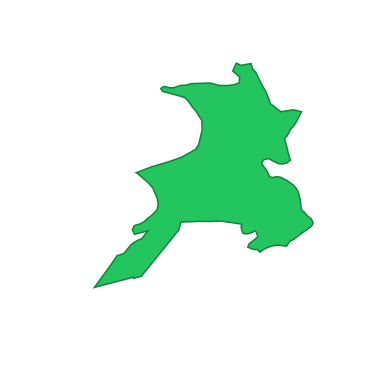 Kafr Al-Dawwar, Al Buhayrah, Egypt, rotated 232°
{"feature_id": "37247803B70717043240627", "entity_name": "Kafr Al-Dawwar", "entity_type": "district", "adm_level": 2, "iso_a3": "EGY", "parent_name": "Egypt", "parent_adm1": "Al Buhayrah", "projection": "natural_earth1", "projection_center": [30.128, 31.137], "detail": "fine", "context": "isolated", "style": "filled", "palette": "green", "viewbox_px": 384, "rotation_deg": 232, "n_neighbors": 0, "source": "geoboundaries", "source_scale": "gbopen_adm2", "svg_char_len": 2989}
<svg xmlns="http://www.w3.org/2000/svg" viewBox="0 0 384 384"><g transform="rotate(232 192 192)"><path d="M186.4,88.9L186.3,88.7L184.6,83.4L183.1,78.3L176.9,56.3L176.0,58.5L161.0,93.2L159.9,92.8L156.8,100.2L170.2,158.3L174.5,163.7L175.2,164.6L173.2,167.4L170.6,171.0L168.1,174.4L165.1,178.7L163.0,181.3L161.6,183.1L160.4,184.7L159.7,185.6L158.7,186.7L156.7,189.4L151.2,197.0L149.9,198.2L149.1,198.9L149.0,199.0L148.9,199.1L146.5,201.3L145.4,202.6L143.9,204.0L141.6,206.2L139.8,207.8L138.2,209.4L137.3,210.2L136.2,211.3L134.0,209.1L133.2,208.5L128.5,206.9L127.0,207.3L124.7,210.4L123.8,212.4L122.8,214.9L123.1,217.1L121.2,218.0L116.3,216.4L116.2,215.3L116.1,213.5L116.0,208.9L116.0,205.2L114.9,203.2L114.2,202.0L112.2,203.1L108.7,205.2L106.5,208.1L102.7,208.5L102.5,213.6L102.3,214.6L101.3,218.7L100.0,221.9L99.8,222.8L98.8,224.4L98.3,225.3L96.8,227.4L95.2,229.0L93.5,230.7L91.2,233.0L91.3,234.0L92.4,236.6L92.8,239.5L91.8,243.4L92.1,244.3L91.9,247.4L92.0,250.3L91.9,252.1L91.9,254.1L91.8,255.4L91.6,258.1L91.5,260.0L91.5,261.7L91.5,264.2L91.6,265.6L92.1,266.7L92.9,268.3L96.5,269.3L97.3,269.5L99.2,268.9L102.9,268.2L103.8,268.2L107.8,267.9L110.9,267.3L114.9,269.9L119.3,272.7L122.3,273.6L125.5,275.4L128.4,276.2L129.2,276.2L132.6,276.3L134.6,276.2L139.4,274.9L142.5,274.0L146.8,272.0L148.8,271.1L151.6,268.7L154.0,264.2L156.3,262.5L159.6,263.3L162.9,264.1L171.5,264.3L171.7,264.6L171.8,264.8L173.3,268.0L171.8,271.8L171.4,272.7L161.3,277.4L158.8,279.9L156.5,284.2L156.5,289.2L160.4,290.6L163.6,291.8L167.1,293.6L171.7,295.6L172.8,296.1L177.2,297.8L177.7,301.7L179.8,306.3L180.7,308.0L180.8,308.9L181.4,312.9L183.2,317.7L183.8,319.0L187.9,327.7L194.5,322.3L200.6,311.4L212.6,308.4L213.6,308.2L217.3,309.6L219.3,310.2L226.2,312.2L231.8,312.8L240.8,314.6L247.0,315.9L251.7,315.5L255.8,317.1L256.6,317.7L257.5,316.4L259.1,313.5L259.6,312.6L261.5,308.7L266.3,306.2L262.2,298.5L258.1,299.5L253.0,300.2L252.2,299.4L251.0,298.0L249.0,296.8L250.0,293.2L250.3,291.8L252.0,288.9L253.2,286.9L254.4,285.0L256.8,282.1L258.9,279.4L261.1,277.6L265.8,274.1L266.7,273.4L270.5,268.2L272.0,266.2L272.9,265.0L275.2,261.8L275.9,260.9L278.3,257.3L279.5,253.8L282.9,248.8L285.1,242.6L286.2,240.9L287.4,239.0L292.3,235.1L292.8,232.9L292.7,231.0L289.4,230.8L287.9,231.9L285.9,233.4L284.4,234.5L282.6,235.9L279.3,238.4L270.9,244.5L268.7,244.7L267.6,244.8L266.5,245.0L258.4,244.6L252.5,244.8L248.2,244.4L242.3,243.8L238.3,240.9L234.8,238.3L230.9,233.5L228.0,229.9L226.0,227.3L225.1,226.2L223.8,222.2L223.4,220.9L225.8,205.6L226.0,204.5L230.2,192.3L235.4,178.9L236.7,175.8L241.6,159.9L240.0,160.5L226.9,163.1L219.2,163.6L215.2,162.5L211.7,161.6L208.5,160.7L206.5,159.6L202.9,157.7L199.5,153.4L198.9,149.2L198.4,145.7L198.6,141.0L198.1,136.1L198.6,132.1L201.0,125.9L199.9,123.6L198.9,121.7L194.1,120.6L191.2,127.1L190.0,129.9L188.6,133.0L186.3,124.5L186.1,123.5L186.9,121.4L187.7,117.1L188.1,111.9L186.8,106.1L185.5,100.4L185.8,99.2L188.0,93.8L186.4,88.9Z" fill="#22c55e" stroke="#15803d" stroke-width="1.5"/></g></svg>